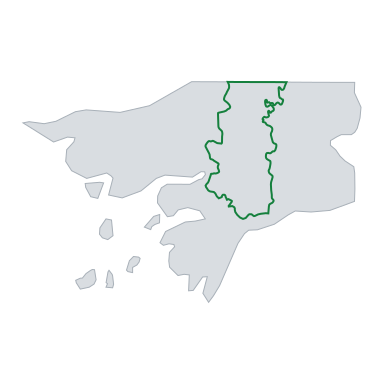 Bafatá highlighted on a map of Guinea-Bissau
{"feature_id": "GNB-776", "entity_name": "Bafatá", "entity_type": "Region", "adm_level": 1, "iso_a3": "GNB", "parent_name": "Guinea-Bissau", "parent_adm1": "", "projection": "robinson", "projection_center": [-14.664, 12.138], "detail": "fine", "context": "in_parent", "style": "outline", "palette": "green", "viewbox_px": 384, "rotation_deg": 0, "n_neighbors": 0, "source": "natural_earth", "source_scale": "10m", "svg_char_len": 6304}
<svg xmlns="http://www.w3.org/2000/svg" viewBox="0 0 384 384"><path d="M23.0,122.9L29.1,121.7L44.2,123.7L55.9,121.3L64.2,117.2L75.4,111.7L86.2,109.9L120.1,112.4L149.5,105.7L171.4,93.2L191.6,81.7L217.8,81.8L245.9,81.9L285.8,82.1L317.4,82.3L354.7,82.4L354.4,92.7L361.0,107.2L360.0,118.0L357.2,128.3L354.7,132.3L351.4,134.6L341.4,134.6L337.2,136.6L330.5,140.6L330.4,145.3L335.7,149.8L340.0,156.1L345.1,161.0L353.8,166.7L354.7,173.0L354.9,188.9L354.5,201.4L329.9,210.4L311.1,212.0L295.2,211.0L288.2,214.9L274.4,224.2L257.4,229.8L248.7,230.2L244.5,233.6L238.0,243.3L219.6,285.6L213.5,295.7L208.6,302.3L202.9,293.3L207.3,276.7L202.6,277.0L193.2,290.4L188.6,290.8L189.3,274.9L184.1,274.3L178.0,275.5L169.6,267.2L168.8,261.0L169.5,252.3L174.6,246.8L173.9,244.5L169.0,243.8L163.4,245.3L160.0,242.7L165.6,231.5L185.3,222.0L195.2,221.1L205.3,218.9L199.8,210.8L187.8,207.6L178.2,209.9L173.4,215.7L167.4,216.7L157.5,202.9L157.7,196.0L161.4,187.8L167.2,184.2L190.0,184.3L198.6,179.7L202.1,178.8L205.4,174.6L204.7,171.8L201.0,171.7L192.5,177.1L165.0,175.1L156.3,178.4L141.0,190.9L122.2,197.9L108.6,195.0L113.0,178.1L111.0,175.8L106.7,173.0L86.7,178.4L71.6,170.7L65.7,161.4L66.7,149.7L73.9,141.8L75.0,137.8L67.5,137.1L53.6,142.0L23.0,122.9ZM89.2,287.2L80.3,289.1L76.3,282.8L75.7,280.3L80.3,278.2L82.4,278.1L86.0,273.6L90.4,270.5L92.3,269.5L94.5,269.7L96.1,279.8L94.0,284.1L89.2,287.2ZM113.0,235.7L107.8,239.6L102.4,237.8L99.5,234.2L99.9,227.9L106.0,218.9L111.5,220.0L113.0,235.7ZM103.6,182.9L97.8,198.4L90.7,196.7L85.7,187.4L85.2,183.5L99.7,182.3L103.6,182.9ZM132.6,267.4L132.6,272.6L127.9,271.6L126.5,270.1L129.4,260.7L133.5,256.5L138.6,257.1L140.1,258.4L139.1,262.0L136.9,265.0L132.6,267.4ZM151.8,226.6L150.7,229.6L144.4,227.1L153.7,216.4L159.7,214.5L159.5,222.8L154.8,224.5L151.8,226.6ZM113.6,284.3L112.6,287.8L106.0,287.2L107.5,283.7L106.1,282.6L108.0,271.9L109.0,270.3L112.1,274.3L112.6,275.9L113.6,284.3Z" fill="#d9dde1" stroke="#a8b0b8" stroke-width="1"/><path d="M227.7,81.9L236.6,82.0L276.0,82.1L286.5,82.2L284.7,86.4L284.2,88.1L283.7,89.0L283.2,89.6L282.6,89.8L282.0,89.9L281.5,89.7L281.1,89.3L280.5,88.3L279.7,87.5L279.2,87.2L278.8,87.4L278.6,88.3L279.1,95.5L279.5,97.2L279.8,97.7L280.2,98.1L281.3,98.6L282.1,99.4L282.5,99.6L282.9,99.6L283.1,100.2L283.0,101.1L282.4,102.8L282.0,103.7L281.6,104.3L281.4,104.4L281.2,104.5L280.8,104.6L280.3,104.5L280.1,104.3L279.8,104.1L279.0,103.2L278.6,102.9L278.0,102.6L277.4,102.6L276.9,102.9L276.4,103.2L275.2,104.7L274.8,105.0L274.4,105.2L273.9,105.1L273.6,104.9L273.4,104.6L273.0,103.5L272.6,103.1L272.1,103.0L270.8,103.1L270.2,103.1L269.7,102.9L269.4,102.5L269.1,102.2L268.9,102.2L267.9,102.5L267.4,102.6L267.0,102.4L266.8,101.9L267.0,101.0L266.9,100.4L266.4,99.9L265.9,99.9L265.4,100.2L265.1,101.0L265.1,102.2L265.4,104.4L265.8,105.6L266.2,106.4L266.7,106.6L267.3,106.7L267.9,106.5L268.4,106.2L269.9,105.2L270.4,105.0L271.0,105.1L271.4,105.3L271.8,105.7L273.3,107.6L273.6,108.2L273.8,108.8L273.8,109.6L273.6,110.4L272.9,111.0L272.4,111.2L271.8,111.5L271.4,111.9L271.1,112.4L270.7,112.7L270.2,112.7L269.9,112.3L269.3,111.3L269.1,111.0L268.8,110.8L268.4,111.0L268.1,111.5L268.1,112.3L268.6,114.5L268.9,115.2L269.0,115.6L268.9,116.0L268.5,116.6L268.0,117.0L267.4,117.2L266.7,117.4L266.1,117.4L265.5,117.3L264.6,116.9L264.2,116.9L263.8,117.2L263.4,117.6L263.0,118.1L262.7,118.6L262.6,119.1L262.7,119.5L263.2,119.7L263.5,120.0L263.3,120.6L263.1,121.0L262.9,121.3L262.8,121.7L263.0,122.0L264.8,122.4L265.3,122.7L265.7,123.1L266.3,124.2L266.7,124.6L267.2,125.0L267.7,125.3L269.6,125.9L270.1,126.1L271.0,126.8L271.8,127.6L272.1,128.1L272.3,128.9L272.3,129.7L272.0,131.2L271.6,132.0L271.0,133.3L270.9,134.1L270.9,135.1L272.7,141.7L272.8,142.1L273.1,142.4L273.4,142.8L273.8,143.2L274.4,143.5L275.5,143.9L276.0,144.2L276.3,144.7L276.4,145.8L276.2,147.2L275.3,150.0L274.5,151.0L273.9,151.4L273.3,151.3L272.7,151.4L272.3,151.7L271.1,152.8L270.6,153.1L270.1,153.3L269.5,153.2L268.1,152.9L267.5,153.0L266.9,153.1L266.4,153.6L266.1,154.3L265.9,155.8L265.9,156.9L266.2,158.1L266.7,158.8L267.2,159.2L268.1,159.8L269.7,160.7L270.2,161.0L270.5,161.9L270.5,163.6L269.9,167.1L269.5,168.7L269.1,169.6L268.9,169.9L268.7,170.4L268.7,171.2L269.0,172.4L269.3,173.0L269.7,173.5L272.0,175.4L272.4,175.8L272.6,176.6L272.5,177.6L271.2,181.9L271.0,183.0L270.9,184.5L271.2,190.2L271.8,194.9L271.8,197.3L271.9,198.1L272.3,198.8L273.1,199.6L273.4,200.0L273.6,200.7L273.4,201.4L272.6,202.5L271.9,203.0L270.1,203.9L269.7,204.3L269.3,204.6L268.9,206.3L268.3,213.4L265.7,213.2L260.7,213.8L258.1,214.4L255.0,215.9L254.0,216.1L253.3,215.7L252.0,214.6L251.6,214.3L249.8,214.2L248.7,214.6L245.7,218.0L243.0,218.9L240.0,217.5L237.2,214.8L235.3,212.0L234.8,209.9L234.8,208.4L234.3,207.3L232.4,206.1L228.8,206.5L228.7,205.9L231.5,202.2L231.9,201.1L231.4,200.6L228.6,199.2L228.2,199.1L227.7,199.4L227.0,199.8L226.7,199.3L226.3,198.2L225.7,197.1L225.5,196.1L225.1,195.2L224.1,194.7L222.9,194.8L222.2,195.5L221.7,197.1L218.8,198.3L216.8,196.3L215.3,193.4L213.8,192.0L210.5,191.5L209.5,191.2L208.2,190.3L207.6,189.4L207.0,188.4L206.1,187.2L205.6,185.6L206.6,184.0L208.0,182.6L208.7,181.1L210.8,174.9L210.9,174.1L211.3,173.8L213.0,173.7L214.1,173.3L214.4,173.4L215.7,173.5L216.9,173.2L217.5,172.9L218.0,172.7L218.5,172.4L218.8,172.1L219.0,171.9L219.1,171.5L219.0,171.0L218.8,170.2L218.0,168.4L217.8,167.8L217.8,167.5L217.8,166.7L218.0,165.8L218.5,164.7L218.6,164.0L218.3,163.4L213.8,160.6L213.2,160.0L212.3,159.5L211.0,159.2L210.5,158.9L210.2,158.4L210.0,157.8L209.6,154.6L209.1,153.4L205.6,146.7L205.5,145.9L205.7,145.0L206.6,143.5L207.7,142.1L208.1,141.7L208.5,141.3L209.0,141.1L209.6,141.1L210.1,141.3L210.7,141.4L211.4,141.3L211.9,141.1L212.5,140.9L213.0,140.9L213.4,141.0L213.8,141.2L216.8,142.9L217.3,143.1L218.0,143.2L220.1,143.4L221.4,143.6L221.8,143.2L222.0,142.2L222.1,136.4L222.4,133.9L222.2,132.2L221.9,131.2L221.4,130.6L219.3,128.6L219.0,128.1L218.7,127.6L218.5,126.9L218.4,126.2L218.0,113.7L218.1,113.0L218.7,112.7L224.1,111.5L225.8,110.8L226.3,110.5L227.6,109.3L228.2,109.0L228.7,108.8L229.3,108.5L229.7,108.1L230.0,107.6L230.2,106.9L229.8,105.8L229.5,105.1L229.2,104.7L228.9,104.3L227.4,102.7L224.6,100.5L224.3,100.1L224.0,99.4L224.1,98.3L224.7,96.3L225.2,95.3L226.3,93.5L226.8,92.2L228.6,88.9L228.9,88.3L229.1,87.4L229.1,85.9L228.9,84.5L227.7,81.9Z" fill="none" stroke="#15803d" stroke-width="2"/></svg>